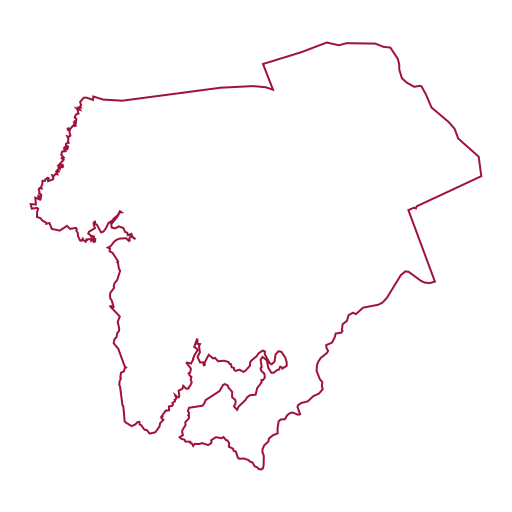 the district of Manurewa Local Board Area, Auckland, New Zealand
{"feature_id": "76426892B47640846355576", "entity_name": "Manurewa Local Board Area", "entity_type": "district", "adm_level": 2, "iso_a3": "NZL", "parent_name": "New Zealand", "parent_adm1": "Auckland", "projection": "equal_earth", "projection_center": [174.869, -37.024], "detail": "fine", "context": "isolated", "style": "outline", "palette": "rose", "viewbox_px": 512, "rotation_deg": 0, "n_neighbors": 0, "source": "geoboundaries", "source_scale": "gbopen_adm2", "svg_char_len": 5954}
<svg xmlns="http://www.w3.org/2000/svg" viewBox="0 0 512 512"><path d="M301.8,52.0L263.0,64.0L273.0,89.7L265.5,87.2L253.0,86.1L220.8,87.7L122.3,100.7L103.3,99.6L93.3,96.5L92.9,99.9L86.9,97.7L83.8,97.7L80.1,102.0L81.1,105.1L80.2,106.3L80.8,107.6L78.4,107.5L79.9,109.8L76.6,108.6L78.0,110.4L77.8,112.1L78.5,113.5L75.9,114.6L74.7,117.4L76.3,118.8L75.9,122.6L74.5,121.4L73.9,122.3L75.7,125.7L74.4,126.1L73.4,125.3L69.9,129.3L68.5,128.2L67.6,128.8L67.9,129.9L69.9,130.0L69.4,132.1L70.4,135.6L69.0,136.8L67.2,136.2L68.5,139.3L67.9,141.4L68.7,142.8L66.0,143.7L66.0,146.2L64.5,147.4L65.2,147.9L67.7,146.3L68.1,147.1L67.2,149.4L64.3,149.4L65.4,151.2L62.2,151.5L61.2,154.8L63.9,157.6L63.1,158.3L61.0,157.7L63.6,159.8L58.8,165.0L62.6,164.8L63.1,166.7L62.1,167.3L60.4,166.2L60.1,167.9L59.2,166.1L58.5,166.3L58.6,169.0L57.3,170.2L58.8,170.9L58.7,171.8L56.7,172.0L55.9,170.8L57.4,174.3L55.5,174.0L54.0,175.8L52.3,175.3L53.4,178.4L53.0,179.4L48.1,181.1L47.8,179.7L48.7,178.3L47.6,177.8L45.2,179.5L44.9,180.9L42.5,180.8L42.3,184.3L41.1,186.9L41.6,188.6L39.5,188.1L38.7,189.4L39.6,192.1L39.1,193.4L41.3,194.7L40.7,198.9L40.1,199.7L39.5,199.3L39.3,196.3L38.4,195.8L37.9,198.7L35.3,197.7L35.9,204.5L30.7,204.1L31.8,208.7L36.7,207.9L38.1,208.6L37.1,212.0L37.0,216.9L40.8,218.4L41.9,220.2L46.3,222.8L46.3,223.8L49.4,223.0L51.8,228.9L59.8,230.6L66.9,225.9L70.2,228.9L75.8,227.9L76.8,229.2L76.3,230.6L78.0,233.5L77.9,235.8L80.0,240.4L81.4,240.8L82.8,238.7L83.5,240.3L85.6,241.7L85.8,240.6L86.8,240.3L86.6,239.4L91.1,239.1L91.2,240.5L92.3,239.4L92.6,240.7L94.2,240.7L93.9,241.9L95.1,241.5L95.2,239.0L94.1,239.2L93.9,236.6L93.0,236.6L93.3,238.0L92.4,238.6L92.5,236.1L90.9,236.4L90.8,235.4L88.3,233.7L88.9,231.8L95.0,228.1L93.8,225.3L93.7,222.7L94.4,221.7L95.0,221.7L95.2,224.2L96.8,224.6L101.1,232.4L103.4,231.6L105.9,228.4L108.6,222.8L111.7,220.9L110.6,224.2L113.7,218.6L117.8,215.2L119.9,211.2L121.5,212.3L119.6,212.5L117.6,216.4L111.3,224.1L111.6,227.5L115.2,228.4L118.8,226.4L123.3,228.0L125.1,231.9L127.3,232.8L127.8,234.9L127.1,235.6L131.4,233.8L132.4,236.7L135.5,239.2L130.6,236.1L129.3,238.7L129.7,240.3L128.9,241.0L126.1,238.2L119.8,238.6L116.7,239.7L114.0,241.8L110.8,246.1L107.9,247.6L110.0,248.6L109.6,251.3L112.4,252.7L118.1,261.4L117.3,262.3L118.0,262.7L118.8,268.4L120.1,270.8L117.2,280.0L114.5,283.2L113.7,286.2L114.1,287.9L110.6,292.4L110.0,294.6L110.2,298.2L111.7,300.4L113.7,307.0L112.4,307.6L111.0,306.0L110.3,306.5L119.8,316.5L117.7,321.9L119.2,328.6L119.0,330.9L117.2,333.3L116.5,337.2L114.4,339.3L113.7,343.3L118.3,348.8L124.5,365.9L126.0,367.5L124.8,368.0L123.9,371.3L121.0,372.8L120.3,377.4L120.9,378.4L119.7,381.0L119.2,384.6L120.1,386.8L122.4,404.9L123.3,406.5L124.7,421.4L125.5,422.3L131.6,426.1L135.2,424.5L137.5,422.1L139.4,421.9L139.6,424.4L141.2,425.2L144.5,429.7L146.9,430.1L149.6,433.6L155.3,432.3L159.5,426.5L160.1,423.3L163.4,419.8L161.6,418.3L162.3,416.8L161.4,416.7L165.7,410.6L169.1,410.4L168.9,406.4L172.1,405.9L173.0,404.6L172.3,403.1L175.0,401.3L174.6,399.8L175.7,399.3L176.2,397.9L175.2,395.1L177.7,397.3L178.9,397.2L179.3,395.9L178.6,390.7L182.4,388.8L183.3,385.8L186.3,388.8L188.6,388.4L188.8,387.0L190.1,385.9L191.7,382.5L190.7,379.2L191.4,376.9L189.6,375.4L188.7,373.3L190.1,372.8L190.9,368.6L186.6,363.0L187.1,362.5L191.0,363.5L193.3,359.3L193.0,358.8L194.8,354.5L197.6,350.3L196.9,348.7L194.2,347.0L197.2,338.6L197.5,341.9L196.7,343.7L200.0,344.1L199.0,346.1L199.9,352.3L197.5,357.0L200.1,362.5L203.0,362.3L203.9,365.3L204.8,364.9L204.6,362.6L208.7,354.8L213.2,358.5L214.9,357.8L218.1,361.3L224.0,360.7L228.5,362.0L229.4,363.8L230.8,364.0L231.7,367.3L233.9,367.9L234.3,370.0L235.6,370.9L239.6,369.7L243.3,371.9L245.6,370.6L250.0,365.6L250.1,362.6L251.2,360.7L256.3,356.5L258.6,353.3L262.7,350.6L265.0,351.5L264.6,353.4L265.3,355.2L269.6,363.0L271.5,364.3L274.5,361.7L275.6,354.3L278.6,351.2L281.5,351.9L285.2,357.5L286.7,362.2L286.7,365.8L282.4,368.5L282.4,367.8L280.2,366.7L278.8,369.7L277.0,370.1L274.1,372.5L271.5,372.9L268.3,367.9L266.9,360.4L262.5,356.9L260.6,359.8L261.7,366.9L260.5,368.2L261.4,370.9L264.4,373.7L264.8,377.6L263.0,380.1L261.5,380.0L261.5,382.5L257.2,388.1L255.6,394.7L250.0,395.2L247.1,397.3L245.3,400.2L238.5,406.7L237.1,409.8L233.9,406.3L235.4,403.9L235.6,401.4L235.1,399.8L232.1,397.2L232.2,391.9L228.4,387.6L227.9,385.6L225.0,384.1L223.1,384.9L219.5,391.1L205.6,400.1L204.2,403.6L202.5,405.7L189.0,407.8L187.9,411.0L189.1,412.9L188.3,415.3L189.0,415.6L188.9,418.3L185.3,422.2L185.5,425.2L182.6,429.7L182.1,431.7L182.9,435.1L179.6,437.2L181.1,438.7L184.5,439.7L185.4,441.6L190.3,441.7L190.4,443.0L191.8,443.4L193.1,445.9L194.7,443.9L199.3,444.0L202.0,443.1L208.1,445.0L210.8,443.5L211.5,442.1L211.2,440.3L215.9,437.2L221.5,438.2L223.5,437.0L226.0,440.1L227.4,440.4L229.3,443.4L228.8,446.7L233.1,448.7L233.6,450.8L236.0,451.7L237.6,457.2L238.9,458.7L244.4,458.6L248.7,460.2L250.1,461.7L252.4,462.4L254.6,466.2L257.6,467.6L258.8,469.1L261.2,469.5L262.9,468.4L263.6,465.5L263.8,455.8L262.4,451.9L262.5,449.3L264.2,445.4L268.4,441.5L268.9,438.5L273.0,435.2L277.7,433.3L277.5,429.0L278.6,421.4L280.7,419.5L284.9,419.2L287.2,415.2L290.3,412.9L293.0,412.6L297.8,414.7L300.1,414.3L297.5,406.9L298.0,405.2L301.2,403.0L307.9,401.3L313.2,396.2L318.9,393.6L322.7,389.3L321.9,386.1L322.3,382.1L319.9,379.3L316.6,370.9L316.9,365.5L317.9,362.3L320.6,358.1L326.9,353.0L328.1,351.0L326.4,347.6L326.2,345.1L331.9,342.7L334.6,337.7L335.7,333.5L341.2,332.7L342.5,330.9L341.9,329.9L342.6,324.3L346.9,320.9L348.6,315.2L352.9,312.7L356.0,314.1L363.0,307.7L378.4,304.7L382.6,302.5L387.0,297.7L400.9,275.0L405.4,271.4L408.6,271.8L420.7,280.7L424.4,282.5L429.6,283.1L434.9,281.6L408.4,210.1L414.0,207.7L415.9,208.4L416.7,206.3L481.3,176.2L478.7,156.7L458.2,138.5L454.6,128.8L448.8,122.1L431.5,107.5L426.0,94.6L421.5,86.4L419.7,85.8L414.2,86.8L406.7,82.6L401.9,78.2L399.3,69.7L399.2,64.2L397.8,58.9L390.4,47.6L383.4,46.8L375.2,43.6L346.4,43.2L338.8,45.3L326.8,42.5L301.8,52.0Z" fill="none" stroke="#9f1239" stroke-width="2"/></svg>